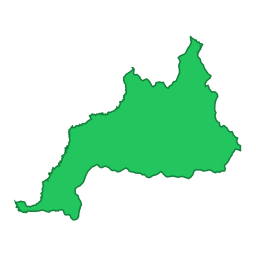 Cáchira, Norte de Santander, Colombia (orthographic projection)
{"feature_id": "7082276B44940516663125", "entity_name": "Cáchira", "entity_type": "district", "adm_level": 2, "iso_a3": "COL", "parent_name": "Colombia", "parent_adm1": "Norte de Santander", "projection": "orthographic", "projection_center": [-73.176, 7.699], "detail": "fine", "context": "isolated", "style": "filled", "palette": "green", "viewbox_px": 256, "rotation_deg": 0, "n_neighbors": 0, "source": "geoboundaries", "source_scale": "gbopen_adm2", "svg_char_len": 5763}
<svg xmlns="http://www.w3.org/2000/svg" viewBox="0 0 256 256"><path d="M188.9,178.6L189.5,177.8L191.1,176.9L191.5,176.1L192.5,175.2L194.1,170.9L196.6,169.5L198.4,170.0L200.3,169.7L203.2,171.0L206.8,170.6L208.9,169.9L211.5,170.5L213.3,172.0L215.8,172.7L216.4,171.8L219.9,172.2L221.0,171.1L224.6,170.9L225.3,168.6L224.9,167.8L224.5,166.0L224.7,165.1L226.4,163.7L228.2,161.4L230.7,156.6L231.8,155.4L232.5,153.0L233.9,151.6L235.2,149.3L236.7,149.2L240.4,150.6L240.6,150.1L240.3,147.9L240.5,145.8L237.9,144.3L236.6,141.0L237.6,138.0L236.1,137.6L233.4,135.1L232.3,131.8L230.0,131.9L228.4,130.7L226.8,127.7L225.4,127.1L224.4,125.7L223.3,125.6L222.2,126.7L221.1,126.8L220.7,126.7L220.3,126.1L219.7,126.0L219.4,122.8L217.5,121.8L215.9,119.6L214.9,115.4L215.9,112.8L214.7,110.0L214.8,105.1L215.2,102.5L216.2,99.2L217.7,96.5L217.4,94.5L215.8,92.5L214.6,91.9L213.4,91.7L212.2,92.3L211.8,92.1L209.2,88.8L208.8,87.9L208.9,87.3L208.0,85.4L205.4,86.3L205.2,83.7L205.6,82.6L207.0,80.5L210.2,77.8L210.9,75.7L208.2,74.0L204.9,69.0L204.1,67.7L203.4,65.2L201.0,62.5L200.1,59.1L199.5,58.2L198.1,57.0L197.5,55.0L198.1,53.3L197.7,52.6L198.5,52.2L198.4,51.2L199.3,51.1L199.6,50.0L200.4,49.3L200.3,48.8L200.6,48.8L200.6,48.1L201.1,47.5L200.8,47.0L201.4,46.3L200.8,46.1L201.9,45.6L202.6,44.6L201.2,43.7L200.0,43.6L199.1,42.8L199.0,42.2L198.5,42.4L197.1,41.8L196.2,41.1L196.3,40.3L195.0,40.0L192.1,38.3L190.8,36.9L190.4,36.1L190.8,40.5L191.4,41.5L190.7,43.9L189.6,46.2L188.0,48.1L186.3,51.8L184.9,53.9L180.4,55.8L178.2,57.6L180.4,61.4L179.7,62.7L178.7,66.0L179.4,69.3L179.6,73.2L179.0,73.4L179.0,74.3L177.8,76.7L177.8,77.6L176.8,79.0L176.5,80.5L175.2,81.5L174.0,81.6L173.1,82.3L171.8,85.1L170.8,85.3L169.2,86.4L168.4,88.1L167.9,88.1L165.8,87.0L164.8,85.0L164.3,84.4L163.4,82.3L161.6,82.7L159.5,81.9L159.0,82.4L157.6,82.3L156.1,82.7L155.4,85.4L154.2,85.8L153.3,86.7L152.5,86.5L151.9,85.9L149.3,81.3L147.0,79.0L145.9,79.2L143.3,80.5L142.0,80.5L140.8,79.4L139.8,77.1L137.3,74.8L136.5,74.5L134.8,74.9L134.1,74.5L133.5,73.3L134.1,69.4L133.6,68.4L132.9,67.7L132.6,67.7L133.0,68.1L132.9,69.0L132.0,70.5L125.8,74.7L125.0,76.3L124.3,76.6L123.7,77.8L123.7,80.7L124.3,81.7L124.3,82.7L125.6,83.9L125.7,86.6L126.2,88.7L125.5,90.0L126.5,91.4L125.9,92.4L126.0,93.7L125.7,94.4L125.0,94.3L123.7,95.9L124.1,96.6L124.1,97.1L123.6,97.5L124.1,99.6L122.5,100.3L122.6,100.9L122.1,101.6L120.9,101.7L120.6,102.1L120.1,101.7L119.9,101.8L120.0,103.0L120.4,103.7L119.7,105.3L119.2,105.5L119.2,107.1L118.1,107.6L117.4,108.3L117.2,107.2L116.9,107.0L116.8,108.2L114.2,110.8L111.5,111.8L110.5,112.5L108.6,112.2L108.2,112.9L107.7,113.0L107.9,114.2L106.6,114.3L105.9,114.9L105.4,114.1L104.1,114.7L103.5,114.7L102.9,114.2L101.9,114.4L102.9,113.3L102.8,113.1L101.6,113.2L101.0,113.7L100.3,113.4L99.7,113.8L98.9,113.7L97.4,114.5L96.4,114.2L95.5,115.3L94.2,114.4L93.4,114.6L92.2,114.0L91.2,115.4L90.2,115.3L89.6,115.7L89.6,116.1L90.4,116.6L90.3,117.6L91.3,119.3L88.9,120.4L88.2,121.2L87.4,121.3L87.2,122.4L86.2,122.6L85.3,123.6L84.3,123.5L82.0,124.0L82.0,124.9L81.6,125.4L79.6,124.6L79.5,125.8L78.6,126.0L78.0,125.6L77.4,126.1L77.0,125.8L76.2,125.9L75.4,126.3L75.4,127.0L74.4,127.7L73.4,127.7L72.4,126.1L71.9,126.7L72.2,127.2L71.0,127.6L70.2,129.2L69.2,129.7L69.7,130.9L69.0,131.1L68.6,132.2L68.9,132.9L69.7,133.3L69.0,134.6L69.6,135.0L69.9,135.8L69.1,136.2L69.4,136.6L69.4,138.2L70.0,139.7L69.6,140.7L69.7,141.9L68.7,142.6L69.0,144.0L68.8,145.2L66.8,146.3L66.9,146.7L68.0,147.2L67.9,148.2L66.7,148.9L66.5,148.7L66.6,147.6L65.7,147.7L65.2,148.1L65.2,148.8L66.1,149.9L65.1,150.9L66.0,151.3L66.4,152.1L64.9,152.8L65.0,153.9L64.0,154.9L63.0,155.1L61.9,156.1L61.9,156.5L63.1,157.0L63.2,157.4L62.3,158.0L61.9,158.6L62.0,160.0L61.2,160.5L61.3,162.2L60.1,161.6L60.0,163.1L59.1,163.0L58.7,163.3L58.6,164.1L59.7,165.6L58.8,166.1L57.5,165.8L56.8,166.7L56.0,167.0L54.7,168.7L53.0,167.7L52.7,168.5L53.0,169.8L52.1,170.1L52.2,171.9L51.6,172.6L51.2,173.9L50.6,174.0L49.9,172.9L48.8,173.3L49.0,174.4L50.0,175.6L49.3,177.2L47.7,178.9L47.7,180.4L47.0,179.6L46.4,179.6L45.7,180.4L42.6,182.1L43.0,183.5L42.9,184.5L43.5,186.1L42.2,189.1L42.8,191.8L41.0,193.5L41.4,194.2L42.0,194.6L41.9,195.4L42.3,196.0L40.8,197.4L40.8,197.8L41.8,198.3L40.9,199.9L40.8,201.2L39.5,201.6L37.9,203.5L36.5,203.8L36.2,205.1L33.7,205.3L30.0,206.8L28.7,206.3L27.4,206.6L26.4,206.2L25.0,202.7L24.1,201.8L22.4,201.8L20.9,201.2L19.3,201.9L15.9,202.4L15.4,201.9L15.9,203.8L16.7,204.3L17.1,205.1L16.7,205.9L17.0,206.3L16.3,207.0L16.3,207.3L16.8,207.5L17.4,207.0L18.6,207.4L18.8,209.1L18.2,209.3L18.6,210.6L19.5,210.9L19.9,210.2L20.2,210.1L20.8,211.0L23.2,212.3L24.4,212.4L25.3,211.8L25.9,212.4L26.6,212.5L27.4,211.1L28.2,210.9L30.2,211.3L33.0,211.1L34.9,211.4L35.4,211.0L36.8,211.2L40.4,210.6L42.2,209.9L43.9,210.6L45.9,211.0L46.6,211.7L47.8,211.6L49.0,212.1L49.7,211.8L49.8,210.9L52.9,210.5L53.8,210.0L55.7,211.1L56.5,210.6L57.9,211.0L58.4,210.8L59.1,209.8L60.2,210.1L61.8,209.6L63.0,210.3L63.5,211.0L64.3,213.5L65.0,214.6L66.3,215.0L67.8,214.6L69.7,215.1L70.3,215.8L70.8,217.5L71.6,218.5L73.1,219.8L74.1,219.9L76.5,219.3L77.8,218.1L78.6,216.3L78.8,213.0L79.4,211.4L79.3,209.6L80.1,208.8L80.3,206.6L81.2,205.5L81.4,204.8L80.7,201.6L78.8,198.6L78.1,195.7L75.8,194.0L75.3,193.2L75.1,188.9L77.2,187.0L79.9,185.8L83.4,182.2L86.2,174.4L88.1,171.1L92.3,166.7L93.6,166.5L96.8,164.5L97.8,164.8L98.8,166.2L100.5,167.5L102.2,167.6L104.4,166.3L106.2,166.4L109.0,167.7L110.7,169.5L112.3,170.6L114.8,170.3L116.2,170.9L117.0,171.8L119.7,171.5L125.3,168.2L126.4,168.1L128.2,169.5L129.1,171.1L131.1,171.9L133.3,171.9L135.4,173.0L139.9,173.2L140.9,173.5L142.5,174.9L144.3,174.4L146.8,176.9L148.5,177.6L150.1,177.4L152.9,175.5L156.4,174.7L161.1,171.5L165.2,175.8L166.7,176.8L167.7,176.9L173.1,176.0L177.7,177.2L182.5,176.4L188.9,178.6Z" fill="#22c55e" stroke="#15803d" stroke-width="1.5"/></svg>